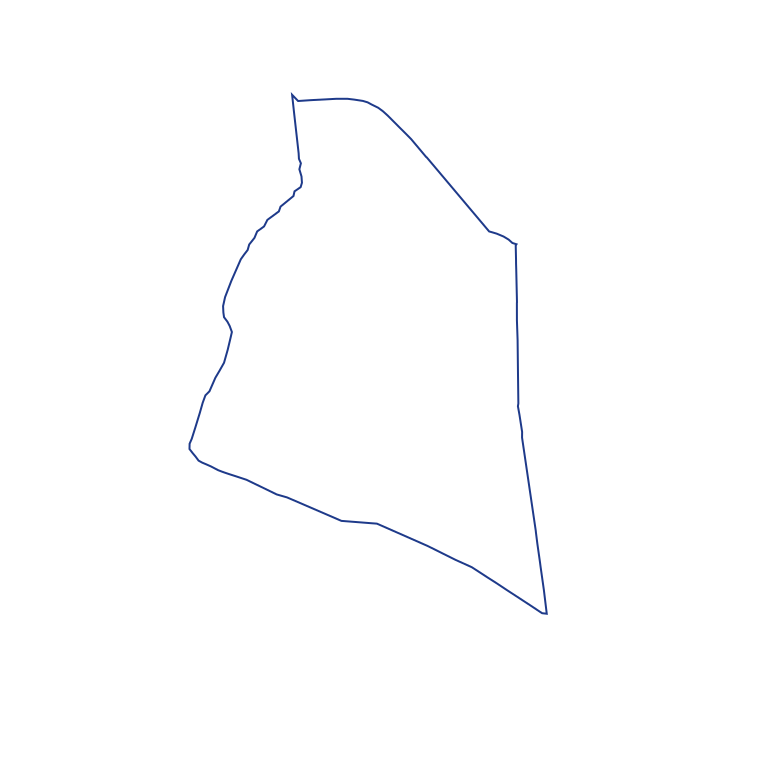 Al Leri, South Kordufan, Sudan (Mercator projection), rotated 230°
{"feature_id": "16777658B28886602001992", "entity_name": "Al Leri", "entity_type": "district", "adm_level": 2, "iso_a3": "SDN", "parent_name": "Sudan", "parent_adm1": "South Kordufan", "projection": "mercator", "projection_center": [30.87, 10.168], "detail": "fine", "context": "isolated", "style": "outline", "palette": "blue", "viewbox_px": 768, "rotation_deg": 230, "n_neighbors": 0, "source": "geoboundaries", "source_scale": "gbopen_adm2", "svg_char_len": 1726}
<svg xmlns="http://www.w3.org/2000/svg" viewBox="0 0 768 768"><g transform="rotate(230 384 384)"><path d="M664.6,499.5L649.5,489.4L615.6,466.9L611.2,463.6L606.5,462.2L602.9,457.2L596.0,454.2L590.9,450.5L588.4,446.7L589.1,439.3L586.2,435.5L586.4,418.8L583.8,414.4L584.7,400.2L581.8,393.4L582.4,384.9L579.2,378.7L577.5,370.4L574.3,365.7L573.1,360.2L571.6,354.5L561.1,333.3L552.7,318.1L547.1,310.8L542.0,306.9L538.0,304.4L532.4,304.1L527.7,303.1L521.6,300.9L518.2,296.4L510.7,286.3L503.1,275.1L500.4,267.9L499.9,266.6L497.2,258.9L490.6,245.6L490.1,239.9L486.2,233.1L480.3,224.4L472.2,211.9L465.6,201.5L463.2,196.7L459.2,193.2L454.3,193.0L449.7,193.0L444.5,192.7L440.6,194.2L436.7,196.2L432.0,198.5L424.7,201.5L420.9,203.6L420.4,203.9L420.3,204.0L420.2,204.0L417.2,205.8L414.1,207.7L408.7,211.1L399.0,217.1L392.3,220.1L385.2,223.3L368.4,230.8L359.5,236.8L306.5,263.4L295.9,274.2L285.0,285.3L281.6,288.8L232.1,313.2L220.0,318.5L216.5,320.0L207.8,323.8L203.2,325.8L187.2,333.5L169.5,338.9L159.3,342.1L147.4,345.6L142.8,347.0L129.3,351.1L113.6,355.8L112.1,356.2L107.1,357.7L106.8,357.8L105.5,359.0L104.4,360.1L103.4,361.0L123.5,374.1L143.4,386.5L147.0,388.8L162.9,398.7L173.3,405.4L173.5,405.6L254.2,455.3L258.5,459.0L273.2,467.9L280.9,472.3L282.7,474.4L307.4,494.6L331.8,514.6L347.4,526.8L360.8,538.0L361.0,538.3L387.1,559.2L391.4,562.6L394.8,565.4L405.4,573.9L405.9,575.3L409.5,573.0L414.5,572.3L420.1,570.4L426.7,567.0L430.5,564.5L433.3,562.6L530.2,562.4L530.8,562.2L554.2,562.2L562.8,561.5L570.5,560.8L578.8,560.1L587.0,559.4L593.6,558.5L599.4,557.1L606.2,554.1L610.3,552.5L614.4,549.8L621.0,544.0L625.9,539.4L633.2,530.7L641.3,519.9L648.4,510.5L656.0,500.1L664.6,499.5Z" fill="none" stroke="#1e3a8a" stroke-width="2"/></g></svg>